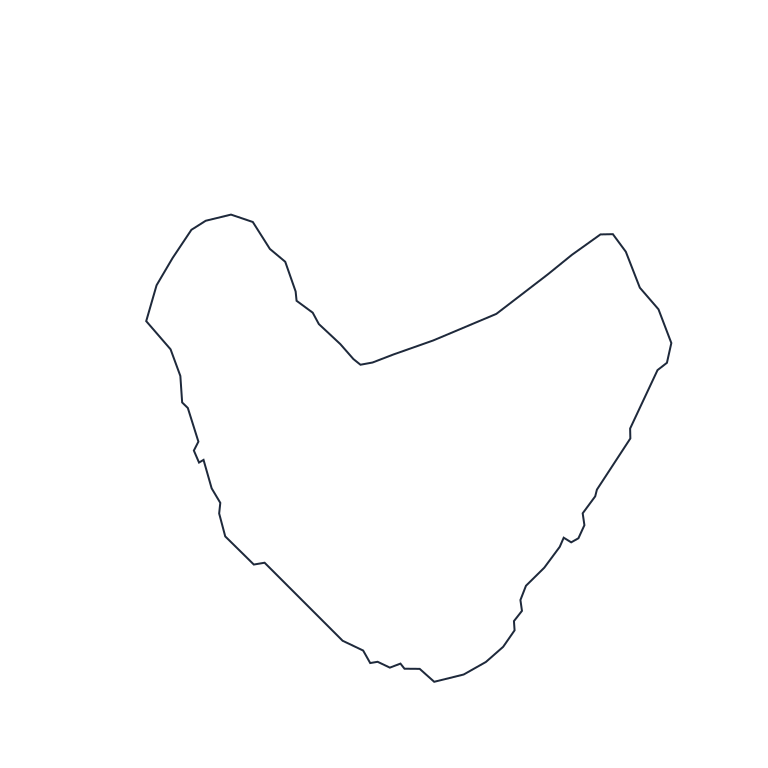 Fono, Federated States of Micronesia (Equal Earth projection), rotated 211°
{"feature_id": "79324940B33522966184784", "entity_name": "Fono", "entity_type": "district", "adm_level": 2, "iso_a3": "FSM", "parent_name": "Federated States of Micronesia", "parent_adm1": "", "projection": "equal_earth", "projection_center": [151.881, 7.484], "detail": "fine", "context": "isolated", "style": "outline", "palette": "slate", "viewbox_px": 768, "rotation_deg": 211, "n_neighbors": 0, "source": "geoboundaries", "source_scale": "gbopen_adm2", "svg_char_len": 1042}
<svg xmlns="http://www.w3.org/2000/svg" viewBox="0 0 768 768"><g transform="rotate(211 384 384)"><path d="M137.9,351.9L139.5,366.2L147.1,375.5L145.1,396.5L147.1,403.1L144.8,464.2L150.1,472.6L156.7,536.8L152.4,547.9L158.8,567.1L187.2,589.4L214.3,598.3L244.8,621.9L265.0,630.3L275.5,623.7L289.5,591.4L300.0,562.5L323.8,502.0L364.3,446.6L391.1,414.2L404.9,396.5L414.1,388.4L423.0,389.6L442.0,395.7L470.7,401.8L481.8,408.4L501.8,410.3L507.4,417.8L531.6,437.9L551.4,441.0L579.9,455.3L602.4,450.4L620.9,432.1L628.5,417.0L630.1,383.1L629.8,351.5L620.2,315.4L584.8,303.8L562.7,286.0L547.5,264.2L539.8,262.4L513.4,239.0L512.7,229.0L502.1,221.4L499.6,226.0L478.0,205.8L463.1,197.8L458.6,188.1L441.6,171.6L402.6,162.2L394.3,169.3L287.2,142.6L264.6,144.8L252.1,137.7L246.4,142.6L232.9,143.9L225.9,152.8L219.8,150.5L206.7,158.2L187.6,154.6L166.1,176.0L153.5,198.2L146.5,220.1L145.2,240.1L150.5,247.7L148.9,260.6L155.8,269.1L158.4,284.2L152.0,309.1L149.5,335.0L150.8,344.8L142.0,344.7L137.9,351.9Z" fill="none" stroke="#1e293b" stroke-width="2"/></g></svg>